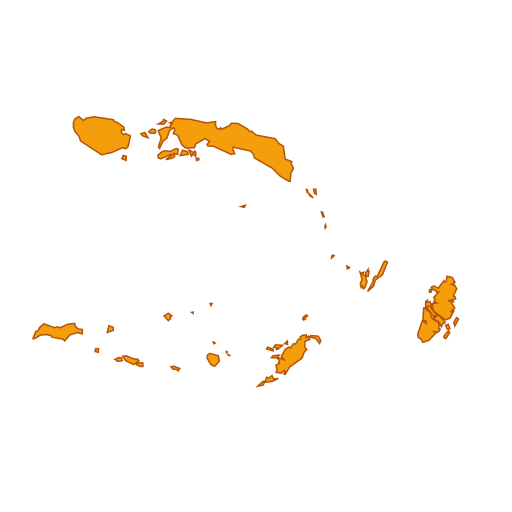 Maluku, Mercator projection, rotated 8°
{"feature_id": "IDN-554", "entity_name": "Maluku", "entity_type": "Province", "adm_level": 1, "iso_a3": "IDN", "parent_name": "Indonesia", "parent_adm1": "", "projection": "mercator", "projection_center": [130.68, -5.566], "detail": "fine", "context": "isolated", "style": "filled", "palette": "amber", "viewbox_px": 512, "rotation_deg": 8, "n_neighbors": 0, "source": "natural_earth", "source_scale": "10m", "svg_char_len": 6180}
<svg xmlns="http://www.w3.org/2000/svg" viewBox="0 0 512 512"><g transform="rotate(8 256 256)"><path d="M280.9,163.9L279.0,169.4L279.5,177.3L278.4,177.5L269.1,173.7L260.0,166.8L240.9,159.2L239.0,155.1L235.7,152.8L218.2,151.4L217.9,152.9L220.7,157.7L217.1,158.8L198.7,153.2L193.0,153.8L192.0,152.2L194.0,149.1L189.2,146.8L180.7,153.5L180.0,157.4L171.1,158.8L167.2,156.3L161.4,147.2L157.1,146.4L158.1,142.6L156.5,140.5L153.0,143.5L151.3,151.8L148.0,155.2L145.5,162.9L144.2,161.6L145.7,152.3L141.6,145.4L149.2,140.9L153.6,140.5L153.0,138.5L154.3,136.7L152.1,136.1L154.4,134.9L156.9,130.9L172.6,129.8L188.6,131.1L197.3,128.5L197.8,132.7L199.7,135.1L203.0,135.5L203.1,134.1L204.9,134.8L211.3,130.8L213.2,127.9L219.7,127.3L230.0,131.4L232.1,133.6L234.4,133.0L239.2,136.2L258.7,137.2L263.2,141.5L267.8,143.4L271.4,156.0L278.3,157.5L278.0,159.8L280.9,163.9ZM114.9,154.5L114.1,165.4L112.4,167.8L108.5,167.5L98.6,173.7L89.0,177.2L66.3,166.5L63.8,161.7L59.4,158.0L57.3,154.1L56.6,148.9L57.8,145.3L61.1,142.6L66.2,145.8L68.8,143.1L76.3,140.7L95.6,140.9L98.0,143.2L99.2,142.7L107.2,146.7L108.1,150.0L105.5,149.4L105.4,152.3L108.2,154.4L109.7,152.9L114.9,154.5ZM459.4,283.1L456.8,290.6L452.5,292.9L439.9,286.0L437.3,281.3L438.0,278.3L441.5,277.4L438.5,276.5L439.3,274.2L437.8,272.3L442.0,266.2L439.8,266.7L439.2,265.3L436.0,264.7L433.9,262.5L436.4,260.9L440.8,262.6L445.6,254.3L446.3,255.3L447.8,254.9L448.0,249.4L453.5,250.1L456.6,254.3L455.3,254.9L456.0,256.1L453.8,256.8L457.2,257.7L459.4,260.6L456.9,268.2L458.8,268.7L459.7,270.7L456.6,272.0L458.4,274.4L454.7,272.7L452.2,273.5L454.8,273.6L460.1,279.9L456.4,284.5L459.4,283.1ZM320.9,331.1L316.3,333.8L317.1,339.8L319.3,341.4L317.1,344.6L315.8,350.7L304.7,361.3L301.3,369.2L300.1,368.9L301.0,366.2L299.8,365.4L297.3,368.5L292.1,368.4L292.6,365.1L290.9,361.4L294.1,359.1L293.2,358.2L293.8,356.3L292.0,354.8L293.1,353.8L298.2,354.8L295.1,352.1L297.8,344.6L301.2,341.6L303.1,342.2L305.0,337.9L307.6,337.5L309.4,332.7L311.8,332.2L311.0,329.9L312.9,328.1L316.8,327.2L316.8,330.0L319.1,328.1L320.9,331.1ZM94.3,353.0L94.8,357.3L89.7,356.7L82.7,360.0L78.4,366.8L76.4,365.2L65.7,364.8L63.3,363.2L59.4,363.0L53.5,364.3L48.3,368.7L46.6,368.7L48.4,361.4L51.0,359.8L51.6,357.0L55.5,352.6L66.3,355.1L69.0,353.8L72.1,354.3L79.2,349.7L85.8,348.0L86.7,350.6L90.1,353.0L94.3,353.0ZM446.9,302.4L448.6,302.9L447.5,305.3L446.3,306.4L443.1,306.2L444.7,307.3L438.9,315.5L433.1,318.3L431.3,315.5L428.0,314.0L427.0,311.1L429.7,297.0L434.2,299.2L433.3,296.4L430.9,296.6L430.1,295.2L429.3,284.1L430.8,283.9L438.1,289.5L437.8,291.6L439.8,293.8L445.6,296.4L447.1,299.4L446.9,302.4ZM164.1,161.0L164.3,166.3L160.5,165.8L161.7,168.5L159.7,170.7L153.3,173.1L159.0,167.3L158.2,166.9L148.2,173.0L145.8,172.6L144.8,169.8L148.1,166.0L151.1,164.4L156.2,164.4L162.1,160.7L164.1,161.0ZM232.5,360.0L234.3,365.2L230.5,370.9L226.7,370.1L221.7,363.8L221.8,360.7L223.9,358.9L232.5,360.0ZM387.1,243.9L383.8,257.1L377.5,263.2L376.7,269.4L371.4,275.6L375.4,265.5L375.4,261.8L377.0,259.2L378.8,259.5L383.7,243.9L385.0,242.9L387.1,243.9ZM369.5,265.9L368.3,272.3L366.8,273.5L365.6,271.0L364.5,272.5L363.1,268.6L364.3,264.7L361.2,257.4L363.1,258.4L364.7,257.2L364.4,259.6L366.7,260.1L369.5,265.9ZM441.0,287.5L444.0,288.7L440.1,291.1L433.9,284.7L432.1,284.9L433.1,282.0L431.1,283.1L430.4,277.4L431.7,276.1L431.7,278.0L434.6,276.9L435.6,279.2L437.1,278.6L435.4,281.8L441.0,287.5ZM153.0,374.5L154.7,375.9L150.1,380.5L141.7,377.9L137.9,373.8L141.2,372.9L149.7,375.0L153.0,374.5ZM452.5,295.3L450.0,297.6L449.5,300.2L445.9,295.4L444.2,295.5L440.6,292.4L445.1,289.0L452.5,295.3ZM290.4,375.3L295.1,374.2L289.5,377.9L281.9,380.0L281.2,382.7L275.9,384.7L280.1,379.5L282.8,378.3L283.4,374.5L285.5,375.1L288.5,372.2L290.4,375.3ZM331.9,330.8L331.1,333.8L327.1,329.6L320.4,328.6L321.5,327.1L328.9,326.8L331.9,330.8ZM179.6,328.4L180.1,330.0L178.2,332.2L173.2,328.1L177.3,324.9L181.0,327.1L179.6,328.4ZM173.2,162.0L174.8,164.7L166.9,167.1L168.5,161.5L173.2,162.0ZM124.5,346.5L125.1,349.4L119.4,352.4L120.0,345.5L124.5,346.5ZM182.0,161.7L182.3,165.8L179.6,163.7L178.1,166.1L174.7,160.2L179.8,162.3L180.7,160.6L182.0,161.7ZM196.2,378.0L195.1,380.6L192.5,379.3L189.7,379.7L187.2,377.6L189.7,376.6L196.2,378.0ZM294.8,340.7L290.4,345.4L289.4,345.5L290.0,344.2L286.2,343.9L287.6,341.3L294.8,340.7ZM457.1,303.0L458.5,304.9L455.4,311.5L453.2,310.3L453.5,308.6L457.1,303.0ZM138.4,144.9L139.5,147.2L138.7,148.7L134.1,149.0L132.5,147.8L135.4,144.7L138.4,144.9ZM158.7,377.6L159.5,381.0L157.2,381.6L152.7,380.2L153.6,378.2L158.7,377.6ZM113.7,175.3L114.0,179.4L109.6,178.2L110.5,174.9L113.7,175.3ZM463.2,289.1L465.4,290.3L462.6,297.6L461.1,294.3L463.2,289.1ZM145.5,133.6L148.6,134.7L146.4,138.3L140.9,138.8L145.4,135.4L145.5,133.6ZM128.8,149.2L132.5,153.9L126.8,152.7L125.0,151.0L128.8,149.2ZM137.0,375.7L138.2,378.2L133.7,379.6L130.7,378.0L134.3,375.6L137.0,375.7ZM456.0,296.9L458.1,301.0L455.6,301.8L453.3,298.2L456.0,296.9ZM286.7,352.5L292.8,350.9L291.0,354.1L285.4,354.5L286.7,352.5ZM370.0,255.2L370.0,260.6L367.8,260.9L366.8,257.5L368.8,253.9L368.8,255.5L370.0,255.2ZM112.9,369.6L113.3,373.4L109.9,372.9L110.2,370.0L112.9,369.6ZM286.0,346.0L286.1,347.6L279.4,346.5L280.2,344.6L286.0,346.0ZM305.9,181.6L307.1,186.5L305.1,185.7L303.7,181.8L305.9,181.6ZM314.2,307.2L315.4,308.6L312.9,309.6L313.9,311.3L312.1,312.8L311.0,311.9L311.4,309.9L314.2,307.2ZM434.4,264.6L434.7,267.2L432.9,267.8L432.4,265.1L434.4,264.6ZM185.5,167.1L186.1,168.6L183.9,169.7L183.2,167.8L185.5,167.1ZM299.7,186.7L304.7,190.6L300.4,188.5L299.7,186.7ZM314.6,203.3L315.8,203.3L318.0,207.7L317.1,208.1L314.6,203.3ZM298.9,335.8L299.5,339.2L296.7,338.6L298.9,335.8ZM332.1,244.3L333.4,244.9L331.1,247.5L331.0,245.5L332.1,244.3ZM347.3,253.3L350.2,254.3L349.8,255.2L348.1,256.0L347.3,253.3ZM234.3,209.1L238.4,207.2L237.7,209.4L234.3,209.1ZM218.3,311.4L217.2,309.5L219.1,309.2L218.3,311.4ZM296.3,182.5L298.2,184.0L297.7,185.7L296.3,182.5ZM320.4,215.4L321.4,217.4L320.6,218.8L320.1,217.2L320.4,215.4ZM226.7,348.8L225.1,346.8L227.6,347.9L226.7,348.8ZM240.8,354.8L240.7,356.7L240.0,354.7L240.8,354.8ZM201.7,321.6L200.2,320.8L201.5,320.3L201.7,321.6ZM242.2,357.4L244.5,358.5L242.0,357.8L242.2,357.4Z" fill="#f59e0b" stroke="#b45309" stroke-width="1.5"/></g></svg>